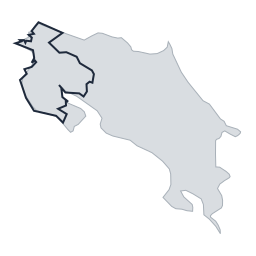 Guanacaste highlighted on a map of Costa Rica
{"feature_id": "CRI-1334", "entity_name": "Guanacaste", "entity_type": "Province", "adm_level": 1, "iso_a3": "CRI", "parent_name": "Costa Rica", "parent_adm1": "", "projection": "albers", "projection_center": [-85.354, 10.467], "detail": "coarse", "context": "in_parent", "style": "outline", "palette": "slate", "viewbox_px": 256, "rotation_deg": 0, "n_neighbors": 0, "source": "natural_earth", "source_scale": "10m", "svg_char_len": 2189}
<svg xmlns="http://www.w3.org/2000/svg" viewBox="0 0 256 256"><path d="M240.6,131.8L240.3,133.1L239.1,134.4L237.5,135.7L235.3,136.7L230.0,134.0L224.8,130.9L222.0,132.4L220.9,136.4L219.0,138.5L216.6,139.3L215.6,140.6L215.5,154.2L215.8,166.9L219.7,167.2L226.3,171.6L229.2,174.2L230.1,176.6L229.3,177.7L224.5,180.6L219.8,184.1L217.5,188.5L221.7,195.6L222.6,200.4L222.5,205.4L221.4,207.9L212.3,213.7L210.4,215.8L210.6,217.2L215.7,221.2L218.1,225.0L220.1,229.7L220.4,233.7L215.8,226.3L209.4,219.2L203.9,214.8L203.4,204.5L201.2,198.9L192.9,193.8L185.8,190.3L180.6,191.0L183.8,196.9L192.2,204.5L192.8,207.4L192.6,211.3L186.9,210.7L181.9,209.2L175.8,208.7L171.7,206.4L163.0,197.4L169.1,189.6L170.9,184.5L170.7,174.0L169.3,168.9L162.6,161.2L152.0,152.7L137.1,145.8L130.1,140.2L112.8,136.0L106.2,133.1L101.0,127.9L100.2,124.1L102.0,118.2L97.2,110.8L76.6,96.2L65.0,90.8L62.5,87.7L60.7,86.7L62.5,96.8L67.5,102.9L80.7,108.5L84.3,111.8L85.8,116.1L78.2,124.4L74.3,126.4L73.1,130.9L70.6,132.3L68.0,129.7L57.3,116.8L36.6,110.6L32.9,106.8L25.2,95.0L21.7,84.3L23.0,77.1L31.5,65.9L34.1,61.1L33.6,58.1L33.9,53.7L30.7,50.6L22.9,46.6L17.9,43.3L19.3,41.7L28.3,37.4L28.8,33.5L28.8,32.2L30.2,32.0L31.6,30.9L32.4,29.9L34.8,26.1L36.9,24.0L39.4,23.6L42.4,25.2L53.7,29.3L66.3,33.8L84.2,40.1L91.6,36.0L98.0,32.9L102.4,33.3L112.0,36.9L117.8,38.1L121.4,37.7L127.6,43.0L130.9,47.0L131.5,49.7L133.4,51.2L138.2,51.5L149.9,54.1L157.1,53.6L163.6,50.6L167.2,47.2L168.3,41.7L169.9,44.4L171.9,48.6L172.8,54.1L181.3,72.2L188.1,82.3L203.0,100.7L209.4,104.1L220.4,118.9L224.1,121.3L226.3,125.7L237.5,129.2L240.6,131.8Z" fill="#d9dde1" stroke="#a8b0b8" stroke-width="1"/><path d="M38.5,22.3L62.5,32.9L49.0,42.6L59.4,52.7L66.3,52.2L76.7,56.8L79.9,63.2L91.9,70.4L93.9,74.1L92.4,82.7L89.6,81.7L86.5,84.2L86.9,91.5L83.6,96.5L79.3,93.4L65.4,92.5L59.0,85.0L61.3,87.7L62.4,97.1L68.1,101.6L65.8,101.2L66.0,105.5L58.1,108.8L66.7,114.1L63.0,122.6L56.1,115.8L34.0,110.8L26.0,97.9L20.0,80.0L26.7,73.8L24.4,69.2L31.7,66.9L36.2,62.1L34.9,60.5L31.7,62.7L34.2,58.1L33.0,50.2L15.4,43.3L21.3,41.4L19.9,40.1L24.0,40.1L25.4,42.8L26.2,40.7L31.0,41.3L31.8,37.6L28.7,34.9L33.9,33.8L31.6,31.0L38.5,22.3Z" fill="none" stroke="#1e293b" stroke-width="2"/></svg>